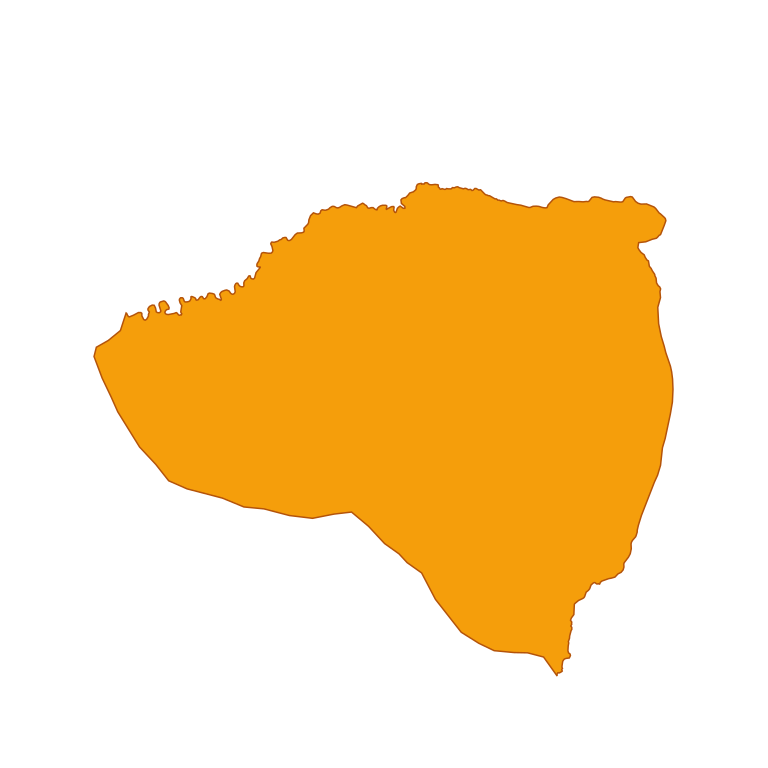 Samjiyon, Ryanggang, North Korea (Natural Earth projection), rotated 104°
{"feature_id": "82179303B58303989641607", "entity_name": "Samjiyon", "entity_type": "district", "adm_level": 2, "iso_a3": "PRK", "parent_name": "North Korea", "parent_adm1": "Ryanggang", "projection": "natural_earth1", "projection_center": [128.242, 41.802], "detail": "fine", "context": "isolated", "style": "filled", "palette": "amber", "viewbox_px": 768, "rotation_deg": 104, "n_neighbors": 0, "source": "geoboundaries", "source_scale": "gbopen_adm2", "svg_char_len": 6164}
<svg xmlns="http://www.w3.org/2000/svg" viewBox="0 0 768 768"><g transform="rotate(104 384 384)"><path d="M551.7,318.4L558.2,301.8L580.5,282.0L606.2,249.0L612.7,229.1L616.1,212.6L613.1,192.8L610.1,179.6L610.3,163.1L625.5,145.3L624.4,145.9L622.2,145.5L621.8,143.8L620.1,142.0L619.4,141.6L618.0,142.5L616.8,142.0L615.8,142.8L614.1,143.1L609.8,143.5L608.1,142.9L607.2,142.4L606.2,140.9L605.0,137.9L602.4,137.4L601.0,138.1L600.3,139.8L598.4,141.0L593.6,141.9L590.6,142.1L589.4,142.8L585.8,142.5L583.6,142.9L577.9,142.8L576.7,142.4L574.7,142.9L573.6,144.2L571.6,143.7L570.9,144.1L569.6,144.2L568.1,145.9L565.7,145.6L561.8,144.0L551.8,146.0L551.0,145.8L547.0,142.9L544.0,139.2L542.9,138.3L541.8,137.9L537.1,137.5L534.7,135.7L532.9,134.9L529.0,134.5L526.7,133.0L525.9,132.1L525.7,131.2L526.5,129.4L526.4,128.6L525.9,127.6L526.1,126.7L525.8,126.3L524.1,126.1L522.4,124.8L518.5,118.9L517.4,116.5L515.5,113.2L511.6,111.0L509.4,108.4L506.5,107.0L503.6,106.9L500.6,107.8L499.3,107.7L492.8,104.9L489.1,104.0L484.1,104.2L479.4,105.6L477.6,105.6L475.7,105.1L471.4,102.9L470.3,102.7L466.4,102.5L464.7,102.9L459.6,103.0L449.1,102.4L413.8,97.9L406.3,96.5L396.0,96.0L378.5,98.4L368.9,98.0L343.7,98.9L331.7,99.8L319.3,102.3L309.4,105.2L302.7,107.8L297.4,110.4L285.5,118.1L279.7,121.2L270.8,126.5L259.1,132.1L243.4,136.9L233.3,136.6L227.6,138.6L224.8,138.6L223.1,140.0L222.3,141.7L220.0,144.0L215.5,145.6L213.5,147.3L212.1,147.9L209.2,151.1L207.2,152.8L205.6,155.0L200.6,157.2L200.1,158.8L197.9,161.2L195.7,162.8L194.2,166.4L192.0,169.1L190.2,170.7L185.2,171.1L182.7,164.4L178.7,158.8L176.7,155.0L175.6,154.2L173.0,152.9L172.7,152.3L172.0,151.8L162.6,150.5L157.4,150.0L155.5,151.0L154.7,152.0L152.0,157.0L151.5,158.4L147.9,162.9L146.9,164.9L145.8,172.8L147.3,178.2L147.1,181.3L146.0,184.1L142.5,188.3L142.5,190.1L144.3,194.0L145.2,194.9L149.3,196.4L150.2,198.0L151.0,203.5L151.7,205.3L151.9,214.0L151.6,216.7L151.2,217.9L150.9,220.9L151.5,225.0L152.6,227.3L157.0,229.3L157.7,230.2L157.9,231.8L159.1,234.9L159.8,239.1L161.1,243.8L160.1,252.2L159.9,256.5L160.2,259.2L162.0,262.4L164.0,264.5L170.4,268.0L173.4,268.5L174.0,269.7L174.3,271.4L174.4,273.5L174.2,276.7L174.6,279.3L175.5,282.4L177.4,285.0L177.7,286.3L177.4,294.5L177.8,298.4L178.1,307.6L178.0,309.1L177.6,309.9L177.1,312.4L177.3,313.4L177.9,314.2L178.0,315.5L177.7,316.8L178.1,318.0L177.2,319.6L177.5,321.2L175.8,327.0L176.0,328.7L175.7,329.7L175.8,331.0L175.3,332.2L172.2,337.2L172.3,337.9L172.9,338.7L172.0,342.0L172.3,343.2L174.3,344.3L175.0,345.4L174.2,347.0L175.1,349.4L174.5,351.0L174.4,352.1L174.7,353.1L175.4,354.1L175.3,358.5L174.8,360.1L175.4,361.7L176.6,363.2L176.9,365.2L178.0,365.7L178.5,366.3L179.1,368.8L179.2,370.6L180.2,371.4L180.5,372.3L180.4,374.9L181.3,376.0L181.2,376.9L180.4,377.6L179.8,378.9L177.9,379.5L177.6,379.9L178.0,382.8L179.2,386.0L179.5,387.8L179.2,389.2L178.4,390.4L178.5,392.0L179.1,393.1L180.1,393.3L180.4,393.8L180.4,394.7L181.0,395.7L180.3,396.4L181.3,398.6L182.3,399.9L184.8,400.4L186.4,400.0L187.9,400.2L190.4,402.0L192.5,405.3L195.3,406.5L198.0,408.2L198.3,409.3L199.7,411.3L201.3,412.1L204.6,410.8L206.6,406.8L208.2,406.2L208.7,406.9L208.8,407.9L207.5,411.3L208.0,412.0L210.3,413.5L214.4,413.9L214.8,414.2L214.8,415.1L213.2,416.6L210.0,417.0L209.5,417.5L209.9,419.2L210.5,420.1L213.9,423.8L213.6,424.2L211.7,424.1L210.5,424.4L210.2,425.1L210.3,426.2L210.9,428.6L212.0,430.5L213.2,431.7L215.3,433.0L216.5,432.8L216.8,433.3L216.7,434.7L215.5,437.3L216.0,439.2L217.1,441.0L217.1,441.9L216.9,442.5L215.2,444.2L214.7,446.0L213.9,447.5L213.8,448.6L217.6,452.6L219.6,453.5L219.3,462.9L219.5,465.4L221.3,467.9L223.3,469.8L224.3,471.3L224.4,473.1L223.8,474.9L223.9,476.5L224.4,477.5L226.2,479.2L227.8,480.1L229.4,482.5L229.7,483.4L229.9,486.2L231.2,487.2L233.7,487.4L235.1,488.9L235.3,490.9L235.0,493.9L238.4,496.0L242.9,496.6L245.7,496.2L247.4,496.6L252.2,499.4L255.0,498.4L256.2,498.8L257.3,500.6L258.5,504.6L260.5,506.3L266.1,508.8L267.5,510.1L267.9,511.2L267.8,512.3L265.6,514.4L265.7,515.5L266.7,517.5L268.6,518.7L269.4,520.1L271.1,521.5L273.1,524.9L273.4,527.2L273.9,527.6L275.4,527.8L277.6,526.0L281.4,524.1L282.9,524.2L284.4,525.2L285.1,527.8L285.6,532.8L286.5,534.2L287.2,534.5L290.3,534.5L292.4,535.1L294.9,535.2L297.8,536.2L299.2,536.2L300.5,535.7L300.8,534.5L300.5,532.5L300.9,532.3L306.9,535.1L312.5,535.2L313.7,536.0L313.9,537.3L313.7,538.7L311.5,540.1L311.6,540.8L312.0,541.4L314.8,542.2L317.6,544.2L319.8,544.5L322.5,543.7L323.4,543.9L323.9,544.6L324.2,546.0L324.0,547.4L323.3,548.6L321.6,550.3L321.8,551.4L322.5,552.1L324.2,552.6L325.7,552.6L330.4,550.7L331.9,550.9L333.0,551.6L333.5,552.4L333.5,553.7L333.0,554.8L331.3,556.7L330.8,559.3L331.5,560.9L333.3,563.5L334.8,564.6L336.7,565.1L341.1,562.3L341.8,562.3L342.3,562.8L341.7,564.1L341.7,565.9L341.1,567.9L340.5,568.6L338.5,569.8L337.9,570.5L337.7,572.2L338.0,575.3L338.9,576.5L342.2,577.0L344.4,578.1L344.8,578.9L344.8,579.7L343.2,581.4L343.3,582.6L344.3,583.5L347.2,584.7L348.0,586.0L347.8,586.8L346.7,587.4L346.1,588.3L345.6,591.1L345.7,592.0L346.1,592.4L348.0,591.9L350.1,592.4L350.9,593.0L351.8,594.5L352.4,596.3L352.4,597.2L351.9,597.9L349.5,599.5L349.1,600.6L349.6,602.3L351.2,603.0L352.3,602.8L354.6,601.5L356.8,599.2L362.8,598.7L363.8,598.3L364.8,597.2L366.0,597.4L366.1,598.1L366.6,598.7L366.8,599.2L366.6,600.2L365.3,601.8L365.0,602.9L366.3,604.7L368.8,610.1L369.0,611.9L368.6,613.1L367.4,614.0L366.2,613.8L364.5,613.0L363.4,610.9L362.1,610.9L360.0,612.4L357.2,615.8L356.8,616.7L356.7,617.8L358.4,620.7L359.1,621.3L360.5,621.6L362.0,621.3L367.1,618.2L368.1,618.3L369.3,619.4L369.5,621.1L369.1,622.4L365.5,624.1L363.2,626.0L363.5,628.0L365.5,630.3L367.8,631.2L368.8,631.1L369.7,630.6L370.9,629.1L373.4,629.4L375.1,629.0L378.4,629.9L379.7,630.9L379.8,631.9L379.5,632.8L376.5,635.4L374.0,636.1L373.5,637.2L374.1,639.6L377.9,643.8L380.4,647.2L380.5,647.8L379.7,649.2L377.8,650.7L377.5,651.4L395.9,652.7L408.5,662.1L417.9,672.0L427.5,672.0L446.6,658.8L462.6,645.6L475.4,635.6L504.3,605.9L517.2,586.0L530.0,569.5L533.4,549.7L533.8,513.3L537.2,490.2L534.2,470.3L534.5,443.9L531.6,420.8L522.3,401.0L516.1,384.5L525.8,364.6L538.7,344.8L545.2,328.3L551.7,318.4Z" fill="#f59e0b" stroke="#b45309" stroke-width="1.5"/></g></svg>